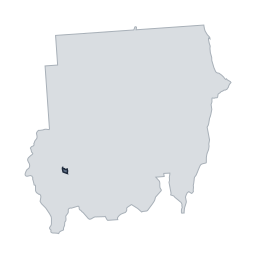 Al Wihda, Southern Darfur, Sudan (highlighted), rotated 356°
{"feature_id": "16777658B17164908055521", "entity_name": "Al Wihda", "entity_type": "district", "adm_level": 2, "iso_a3": "SDN", "parent_name": "Sudan", "parent_adm1": "Southern Darfur", "projection": "natural_earth1", "projection_center": [24.982, 12.873], "detail": "fine", "context": "in_parent", "style": "filled", "palette": "slate", "viewbox_px": 256, "rotation_deg": 356, "n_neighbors": 0, "source": "geoboundaries", "source_scale": "gbopen_adm2", "svg_char_len": 4162}
<svg xmlns="http://www.w3.org/2000/svg" viewBox="0 0 256 256"><g transform="rotate(356 128 128)"><path d="M178.1,216.7L175.7,216.7L175.4,216.0L175.5,214.3L175.7,212.9L176.6,210.8L176.3,209.6L176.5,207.9L175.8,206.0L170.1,200.6L168.9,199.0L165.9,197.7L166.4,196.1L165.1,184.9L165.7,183.6L165.8,181.7L165.8,179.9L166.5,177.1L166.6,175.9L160.5,175.8L160.5,177.0L160.7,178.4L160.7,178.9L152.3,179.0L155.7,183.4L155.9,185.3L155.7,187.7L155.7,189.2L155.9,190.2L156.9,192.2L156.8,192.6L156.6,193.0L150.6,198.9L149.7,201.6L148.9,203.0L147.1,205.4L141.7,211.7L140.8,212.1L136.6,212.3L136.2,212.5L135.9,212.8L135.7,212.7L132.1,209.0L126.1,204.6L122.1,206.9L121.1,207.8L121.0,209.9L120.5,211.0L119.4,212.1L116.5,212.9L114.9,213.5L113.1,214.7L111.3,216.7L111.2,217.8L111.4,218.7L101.3,218.7L100.6,217.9L99.1,214.6L98.1,214.8L88.8,214.4L87.5,214.8L84.9,216.1L83.5,216.4L82.2,215.7L77.3,209.2L76.3,208.4L75.2,206.9L74.1,206.2L73.8,205.7L73.7,205.0L73.7,203.6L73.3,202.7L72.6,202.5L66.0,204.0L65.1,203.8L63.7,204.1L63.3,204.4L62.7,205.2L62.6,207.0L62.5,207.9L62.0,208.9L60.1,211.1L59.7,212.1L59.8,214.5L59.6,215.7L59.4,216.3L58.6,217.2L58.3,217.8L57.9,220.9L56.9,222.8L56.7,223.4L56.6,224.8L56.5,225.2L53.5,226.3L52.4,227.0L51.7,228.0L51.5,228.5L50.3,228.1L48.7,227.8L45.6,227.5L44.4,227.0L43.8,226.3L44.0,224.4L43.7,224.0L43.2,223.6L42.8,222.8L42.9,221.8L44.5,219.7L44.9,218.5L45.3,213.0L45.2,211.3L43.9,208.3L40.9,203.0L40.2,201.9L36.5,197.6L36.1,196.9L35.2,195.1L36.2,191.1L36.3,189.9L36.0,188.8L35.1,187.9L34.2,187.8L33.1,186.7L32.4,186.3L31.8,185.3L31.4,184.0L31.7,179.2L31.5,178.6L30.5,178.4L30.3,178.1L30.3,177.2L29.8,174.4L29.3,172.2L29.6,171.0L28.8,169.3L27.3,168.6L24.3,169.1L23.4,169.0L22.8,168.7L22.3,168.1L22.1,167.3L22.3,166.2L23.2,164.2L24.2,162.6L26.4,161.1L26.9,160.2L27.2,159.4L27.3,158.3L27.2,157.2L26.9,156.3L26.3,155.0L25.7,153.4L25.7,152.4L26.0,151.6L26.6,150.7L28.7,149.0L30.9,147.5L31.2,147.0L31.1,146.4L30.1,145.2L29.8,142.9L29.2,141.2L30.3,140.0L31.2,139.6L32.4,139.2L32.9,138.7L33.1,137.7L33.0,136.8L33.5,136.1L34.1,134.6L34.6,133.9L36.2,132.2L36.6,131.0L36.7,129.9L36.3,126.7L37.2,125.3L38.5,124.1L40.2,124.2L42.9,124.0L44.8,123.5L46.1,123.5L49.1,124.1L49.4,123.9L49.6,123.0L49.6,60.3L62.0,60.3L62.2,60.2L62.2,30.6L140.0,30.6L140.7,30.5L141.9,27.7L142.4,27.5L143.2,27.7L143.5,28.3L142.9,30.6L210.8,30.6L211.1,34.0L211.7,36.7L213.7,40.6L215.4,42.6L216.0,43.8L216.0,44.3L216.0,44.8L215.5,44.2L214.6,43.9L214.5,45.7L215.0,49.4L215.7,52.0L215.3,54.4L215.4,58.5L216.4,63.4L216.3,66.5L217.9,73.8L219.3,77.8L220.1,78.8L221.0,79.3L222.6,79.7L225.1,81.8L227.0,83.9L227.7,85.1L228.7,86.3L229.3,86.1L229.7,85.8L230.3,86.8L233.4,88.9L233.9,89.9L232.8,90.9L231.6,92.6L231.0,94.2L230.7,94.7L229.7,95.7L229.5,96.2L229.1,96.5L228.6,96.5L227.6,97.0L226.7,96.9L225.7,97.2L225.4,97.6L224.6,97.9L223.6,98.1L222.1,99.4L220.7,100.1L220.2,100.6L219.6,103.3L219.0,104.0L217.0,104.0L216.0,104.3L214.6,104.0L214.0,104.0L213.8,104.6L213.6,106.9L213.6,107.8L212.5,110.4L212.9,115.3L211.9,119.0L211.7,119.8L210.7,122.7L210.1,123.8L208.8,129.2L208.2,130.9L207.0,132.6L208.5,145.6L207.5,149.6L207.6,151.8L206.9,155.0L206.3,156.4L205.4,158.2L204.7,160.2L204.1,162.9L203.7,167.8L203.4,168.3L199.8,168.9L198.7,169.3L197.9,169.8L197.0,171.1L195.2,174.6L194.2,176.8L192.7,179.7L190.9,181.8L190.6,182.8L190.3,184.7L189.7,187.7L189.1,189.8L189.2,191.5L188.7,194.5L188.8,195.9L188.2,196.7L187.3,197.5L186.8,197.7L184.2,195.7L182.4,197.0L181.3,199.0L180.5,200.9L181.0,205.0L181.0,205.9L180.7,206.9L179.1,210.9L178.6,212.7L178.1,215.9L178.1,216.7Z" fill="#d9dde1" stroke="#a8b0b8" stroke-width="1"/><path d="M61.7,164.3L61.7,164.2L61.4,164.1L61.2,164.0L61.0,163.9L60.9,163.9L60.6,163.7L60.4,163.6L60.2,163.4L59.9,163.3L59.9,163.2L59.8,163.3L59.8,163.8L59.8,164.8L60.1,166.7L60.2,167.3L60.7,167.5L61.1,167.7L62.2,168.2L62.9,168.5L63.5,168.8L64.3,169.1L64.2,168.8L64.3,168.2L64.5,167.8L64.6,167.1L64.7,166.5L64.6,165.9L64.5,165.6L64.3,165.1L64.5,164.8L64.5,164.7L64.4,164.7L64.3,164.8L64.2,164.8L63.9,164.9L63.8,165.0L63.6,165.0L63.4,165.0L63.1,165.0L62.9,165.0L62.7,165.0L62.2,164.9L62.0,164.7L61.9,164.6L61.7,164.3L61.7,164.3Z" fill="#64748b" stroke="#1e293b" stroke-width="1.5"/></g></svg>